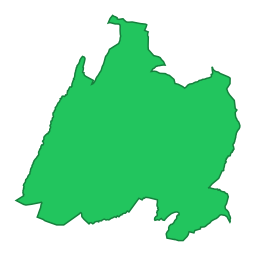 General Felipe Ángeles, Puebla, Mexico (Albers equal-area conic projection)
{"feature_id": "50627088B91535396916577", "entity_name": "General Felipe Ángeles", "entity_type": "district", "adm_level": 2, "iso_a3": "MEX", "parent_name": "Mexico", "parent_adm1": "Puebla", "projection": "albers", "projection_center": [-97.667, 19.028], "detail": "fine", "context": "isolated", "style": "filled", "palette": "green", "viewbox_px": 256, "rotation_deg": 0, "n_neighbors": 0, "source": "geoboundaries", "source_scale": "gbopen_adm2", "svg_char_len": 5761}
<svg xmlns="http://www.w3.org/2000/svg" viewBox="0 0 256 256"><path d="M112.6,15.4L110.1,18.5L108.2,23.0L109.1,22.7L110.5,22.7L115.1,23.9L118.7,24.0L120.0,25.0L120.2,25.9L120.1,30.5L120.3,34.2L120.7,36.1L120.2,38.0L120.0,40.3L118.7,43.5L109.5,49.3L108.4,52.5L107.4,54.0L106.7,55.3L105.9,56.0L105.4,57.1L104.1,62.2L103.3,64.6L102.3,66.4L101.1,70.6L100.1,72.0L97.9,75.8L97.2,76.5L96.0,78.5L95.7,79.7L94.6,81.7L93.8,82.9L92.8,83.8L91.7,84.3L93.3,80.4L85.5,76.2L84.3,75.1L83.8,73.2L83.9,72.7L82.9,72.6L82.6,72.2L83.3,69.4L83.4,67.7L82.9,67.3L84.3,62.3L85.0,58.8L84.7,57.8L84.2,57.1L82.5,56.4L81.2,58.0L79.8,60.3L79.9,60.8L78.7,63.8L77.1,65.7L76.7,67.5L76.3,67.8L76.1,69.3L75.7,70.3L75.4,72.3L75.0,73.1L74.7,76.4L74.0,78.3L73.6,78.7L74.0,79.3L73.5,79.6L72.0,83.9L71.8,86.5L71.4,87.0L71.0,86.9L69.8,87.0L68.2,90.3L67.5,90.8L67.6,91.7L67.3,92.0L67.1,94.3L66.5,95.0L65.6,94.9L65.2,95.8L64.5,96.5L63.1,96.1L62.3,96.2L62.0,96.4L61.8,97.8L60.4,98.6L60.9,99.0L60.3,99.7L59.3,101.9L58.2,102.8L56.4,106.5L55.3,107.5L55.4,109.6L54.5,110.4L54.2,111.8L53.2,112.7L53.0,113.4L53.0,115.1L53.4,116.2L53.4,116.8L53.3,117.3L52.4,118.0L52.0,120.7L51.1,121.0L50.8,121.9L51.0,123.8L50.6,124.6L50.2,125.1L50.0,125.9L50.5,126.5L50.6,127.1L50.4,128.1L49.8,129.1L49.7,130.9L49.3,132.0L48.5,132.1L48.2,132.8L48.1,133.6L47.0,133.8L46.4,134.5L45.6,135.0L44.8,136.1L44.3,136.4L43.9,137.5L43.9,139.6L42.6,141.1L42.6,141.5L43.2,141.9L43.6,143.2L43.4,144.0L42.8,145.0L41.9,144.8L41.0,146.2L40.7,148.4L40.0,148.8L39.9,149.6L39.6,149.8L39.2,151.0L38.6,152.1L38.7,154.7L38.4,155.3L38.0,155.5L37.7,156.2L37.0,156.9L36.1,158.4L35.4,159.0L34.0,160.9L34.1,161.1L33.3,162.5L33.2,162.9L33.4,163.3L32.6,164.4L32.0,165.7L32.0,166.8L31.0,168.3L30.5,169.9L30.5,171.2L30.1,171.7L29.8,174.0L28.6,175.2L28.3,176.0L27.9,176.2L27.6,177.6L25.7,179.8L25.3,182.2L24.0,183.9L23.4,185.3L24.0,186.5L24.0,187.0L23.5,188.1L23.8,188.4L23.0,190.7L23.1,191.7L22.9,192.7L23.1,193.4L23.8,194.3L23.3,194.7L23.6,195.8L16.1,200.5L23.6,204.4L25.9,205.0L31.3,204.3L41.5,202.3L41.9,203.0L41.1,204.7L40.6,207.7L38.5,213.5L38.5,214.0L38.1,214.7L37.2,217.1L43.3,219.5L44.5,220.5L46.4,221.3L56.6,224.9L63.8,224.9L79.0,214.1L80.6,212.6L81.3,213.0L81.6,213.7L81.9,216.7L84.0,219.3L89.0,223.9L89.7,223.0L91.1,222.6L92.8,223.8L93.9,223.2L94.8,222.1L96.3,221.5L97.6,221.4L98.7,221.9L99.1,220.9L99.9,220.8L101.1,220.9L101.7,220.7L102.2,220.0L104.1,219.2L104.6,219.2L106.0,220.0L107.4,219.6L108.9,219.9L111.4,218.2L112.3,218.0L114.8,216.7L116.2,217.4L117.3,215.9L118.9,216.8L120.8,214.8L121.8,214.9L122.6,213.7L123.3,213.6L124.1,213.2L125.4,213.2L126.4,212.2L127.0,211.3L127.3,211.1L128.9,212.0L138.9,198.3L142.1,199.9L143.5,198.1L144.2,198.3L145.7,197.3L148.9,197.7L157.4,199.8L157.4,202.5L157.0,204.5L157.2,205.2L157.0,205.4L157.3,206.6L158.1,207.7L157.7,208.6L158.4,209.4L158.1,210.3L157.3,210.7L157.3,211.6L156.7,212.2L157.3,214.2L157.2,214.4L157.3,215.7L155.8,216.6L154.7,218.1L154.6,219.7L155.0,220.3L157.7,219.6L159.1,220.1L159.5,220.0L160.3,219.0L161.4,218.5L162.3,219.7L163.3,220.2L164.5,220.3L165.0,219.4L167.3,216.9L169.0,215.4L171.5,213.5L174.8,212.2L176.3,212.0L177.4,212.0L179.0,213.1L179.0,214.8L177.6,215.1L177.0,215.9L176.7,216.6L176.7,218.5L174.8,220.6L173.8,222.7L172.3,224.2L171.0,224.4L169.4,225.9L168.7,227.5L168.7,230.0L167.1,232.0L166.2,233.9L167.0,238.1L174.7,239.6L174.8,239.4L178.5,240.6L183.1,240.6L187.0,236.6L188.1,234.9L189.1,231.7L193.9,232.9L194.8,230.5L200.4,228.9L200.6,227.2L204.1,226.9L205.5,226.3L207.6,224.4L210.0,222.8L211.4,221.0L214.4,219.3L216.3,218.5L218.0,217.2L219.8,215.2L221.2,214.7L224.9,215.4L225.8,216.0L227.0,216.8L229.9,222.2L230.2,221.6L230.0,219.6L230.5,218.1L229.9,216.1L229.3,215.3L228.6,212.4L227.2,210.4L226.2,209.7L225.3,208.6L225.0,206.3L226.5,203.6L228.3,196.8L227.3,193.9L226.6,193.5L225.5,193.3L224.6,192.0L222.0,191.5L220.5,190.8L220.0,189.9L219.2,189.5L218.9,190.2L218.1,190.2L217.5,189.1L214.8,189.2L213.3,188.7L211.6,188.4L209.9,187.7L208.1,188.0L209.1,187.4L212.2,183.8L218.7,178.4L222.0,171.1L222.5,170.7L223.4,170.7L223.6,170.4L223.8,170.2L223.6,169.0L224.3,166.6L224.7,163.9L225.9,162.5L226.0,162.1L226.1,161.8L225.6,161.7L225.5,161.1L225.7,160.5L226.3,159.4L226.2,158.8L226.9,158.3L227.2,157.4L227.9,157.0L228.2,156.0L229.9,155.9L230.3,155.4L230.6,153.9L231.0,153.1L231.5,152.3L232.1,152.3L232.5,151.6L232.4,150.9L232.6,150.7L233.0,150.7L233.2,150.4L233.1,149.9L233.9,149.3L234.0,149.0L233.8,148.4L233.6,146.9L233.1,145.9L233.0,144.3L234.1,143.1L234.0,142.5L234.5,142.0L234.7,141.4L234.8,140.6L235.7,137.3L235.8,135.6L236.1,134.9L236.3,133.4L237.2,131.4L238.4,129.6L239.0,129.0L239.7,127.5L239.9,125.8L239.4,124.0L238.7,122.1L237.2,120.3L236.4,118.2L235.9,117.8L235.5,115.8L235.2,112.5L236.9,110.0L235.7,109.0L235.2,108.2L234.3,100.4L229.6,95.0L227.8,92.1L227.0,89.6L226.6,89.0L230.0,83.7L230.1,78.4L229.8,77.8L228.1,76.8L220.0,73.4L218.4,72.1L215.6,71.5L213.5,69.9L212.7,68.5L212.7,67.9L211.8,66.8L212.1,67.6L212.3,70.7L212.7,72.4L212.4,74.0L211.2,74.5L211.5,76.2L211.0,77.0L208.9,77.9L206.8,78.3L204.6,79.2L202.4,79.4L201.6,80.0L199.1,80.5L198.3,81.4L197.2,81.9L195.5,82.1L193.6,83.0L192.7,83.6L189.5,84.1L187.7,85.2L186.2,87.0L184.6,88.1L182.7,86.6L178.2,84.3L175.0,83.5L174.0,79.4L169.4,75.4L167.4,74.8L165.3,73.6L159.8,73.3L156.3,71.5L154.2,71.2L151.2,71.5L152.9,68.8L154.3,68.1L156.0,66.4L157.1,66.2L157.9,65.7L158.8,65.8L161.2,65.3L163.4,65.0L165.1,65.1L163.5,61.6L161.6,59.7L160.2,57.7L158.5,56.8L153.7,55.6L148.3,49.5L148.1,46.3L148.3,36.9L147.8,36.1L147.6,35.2L147.7,33.5L148.2,31.9L144.6,30.4L145.9,27.5L146.8,24.8L147.3,24.9L145.3,24.1L140.5,23.6L132.3,22.0L128.0,22.2L126.3,21.9L124.2,20.1L123.2,18.9L122.5,18.8L118.9,19.4L117.9,19.1L117.3,19.0L117.1,18.4L117.1,17.7L115.2,16.7L114.1,16.4L112.6,15.4Z" fill="#22c55e" stroke="#15803d" stroke-width="1.5"/></svg>